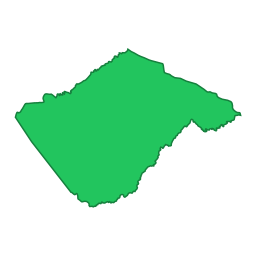 Ngauma, Niassa, Mozambique (Robinson projection)
{"feature_id": "85939544B1529593178446", "entity_name": "Ngauma", "entity_type": "district", "adm_level": 2, "iso_a3": "MOZ", "parent_name": "Mozambique", "parent_adm1": "Niassa", "projection": "robinson", "projection_center": [35.668, -13.833], "detail": "fine", "context": "isolated", "style": "filled", "palette": "green", "viewbox_px": 256, "rotation_deg": 0, "n_neighbors": 0, "source": "geoboundaries", "source_scale": "gbopen_adm2", "svg_char_len": 5778}
<svg xmlns="http://www.w3.org/2000/svg" viewBox="0 0 256 256"><path d="M15.4,117.2L31.7,141.8L71.0,192.3L71.9,192.5L73.6,194.0L74.5,194.6L75.5,194.4L76.0,193.8L76.6,193.5L77.1,193.8L77.8,195.9L77.9,198.2L78.2,199.1L79.5,199.9L81.5,201.7L82.3,201.8L84.4,201.3L86.3,201.4L87.6,202.1L88.8,203.2L89.1,204.0L89.1,205.6L89.8,206.5L92.1,206.3L92.8,206.5L93.0,206.8L93.5,206.8L94.5,206.2L95.4,206.3L95.7,206.1L95.9,205.7L96.4,205.6L96.4,205.0L96.6,204.9L97.8,204.6L98.1,203.8L98.6,203.4L99.2,203.2L99.4,203.4L100.5,203.6L101.0,203.5L101.3,202.7L101.7,202.6L101.9,202.1L102.4,202.3L102.6,202.8L103.5,202.8L104.0,203.1L105.3,202.8L105.9,202.4L107.3,201.7L107.7,201.8L108.4,202.4L108.7,202.3L109.0,201.7L109.3,201.6L109.7,202.1L110.4,202.1L110.6,202.3L110.9,202.9L111.1,202.9L111.3,202.5L111.5,202.3L113.6,202.6L113.9,202.5L114.7,201.6L116.4,201.0L116.7,200.0L117.2,199.3L117.5,199.2L118.0,198.2L119.1,198.0L119.4,197.9L119.9,197.0L120.1,195.5L120.6,195.0L121.8,194.5L122.3,194.5L123.5,195.0L123.7,196.1L123.9,196.6L124.6,197.1L125.0,197.1L127.4,195.3L128.2,193.8L129.1,193.0L130.1,192.7L131.1,193.0L132.1,193.1L133.3,191.5L133.7,191.3L135.0,191.5L135.5,190.4L136.8,189.1L137.4,187.7L136.9,186.4L137.0,185.3L137.4,184.5L138.2,184.2L138.5,183.5L138.3,182.7L137.8,182.2L137.8,181.5L139.0,180.2L139.9,179.9L140.5,179.1L140.5,178.7L140.1,178.3L140.1,178.1L140.9,176.7L141.0,175.5L141.5,174.9L142.0,173.3L142.7,172.7L143.3,172.5L143.7,172.0L145.0,171.3L145.3,170.1L145.7,169.5L147.8,167.0L148.8,166.5L149.7,166.3L150.4,165.8L151.7,166.1L152.8,165.7L153.3,166.0L153.9,165.8L153.9,165.5L153.5,165.3L153.5,164.7L155.2,163.9L155.7,163.4L155.9,162.3L155.6,161.8L155.2,161.6L155.1,161.1L156.9,159.3L158.0,157.7L158.1,157.4L157.8,156.5L158.2,155.8L158.9,155.2L159.1,154.6L158.7,153.7L158.8,151.8L159.1,151.1L160.5,150.1L160.7,149.7L160.5,149.2L160.2,149.2L160.2,148.3L160.6,147.4L160.9,147.1L161.4,147.6L162.4,147.6L162.7,148.2L163.0,148.2L163.6,147.4L164.4,145.9L165.1,145.4L165.6,144.5L165.8,144.5L167.4,145.3L167.8,145.1L168.6,146.1L169.0,145.9L170.2,145.9L171.2,145.5L171.4,143.5L172.7,140.5L173.4,139.6L173.7,138.6L174.3,138.2L174.9,138.2L175.3,138.0L175.6,137.3L175.6,136.5L175.8,136.2L176.6,135.6L177.3,135.4L177.6,134.3L177.9,133.9L179.0,132.9L180.1,132.7L180.8,132.0L181.0,131.7L180.8,130.9L180.9,130.4L181.8,129.6L184.5,126.2L185.3,126.5L186.0,126.2L186.6,126.7L186.9,126.5L188.1,124.7L189.9,123.0L190.8,120.0L191.4,119.4L191.8,119.3L192.7,119.8L193.1,120.4L193.1,121.1L193.3,121.8L193.8,122.1L194.3,121.8L194.7,122.0L196.3,124.0L197.4,124.7L197.9,125.7L198.3,126.1L201.0,127.6L201.4,129.1L201.9,129.5L202.3,129.2L202.4,129.3L202.6,130.1L203.3,130.4L203.6,131.2L204.2,131.0L204.5,131.2L204.8,131.7L205.0,131.8L205.3,131.4L206.3,131.5L206.7,131.1L206.7,130.3L205.6,129.7L205.5,129.3L205.8,128.9L206.3,129.0L207.5,129.8L209.2,130.0L209.6,129.1L209.9,129.0L211.1,128.6L211.7,129.3L212.1,129.3L212.3,128.5L212.6,128.5L213.6,128.9L214.0,129.8L214.4,130.2L216.0,130.8L216.2,130.3L216.7,130.0L216.7,129.7L216.4,128.5L216.5,128.1L217.1,128.0L217.9,128.3L218.8,128.0L219.5,128.0L219.9,127.8L219.8,127.3L219.5,126.9L219.5,126.4L220.5,126.2L221.0,125.6L221.0,124.9L221.3,124.6L222.0,124.6L222.8,126.2L223.0,126.5L223.4,126.6L223.6,126.4L223.2,126.0L223.1,125.7L223.4,125.3L225.1,124.3L226.1,124.0L227.2,123.1L227.2,122.6L226.6,122.1L226.6,121.8L226.8,121.6L229.5,121.5L230.6,122.2L230.8,122.2L231.1,121.8L231.1,120.8L231.3,120.7L233.8,120.0L234.2,119.4L234.8,116.4L235.0,115.8L235.2,115.6L237.4,115.3L238.7,114.9L240.6,115.3L240.1,113.4L239.7,112.7L237.4,112.5L236.2,112.0L234.8,111.0L233.3,109.6L232.5,107.9L232.5,105.6L232.0,103.2L231.6,102.5L230.8,101.6L227.7,100.3L222.2,99.2L218.9,97.8L217.9,97.1L217.4,96.5L217.1,96.1L216.6,94.2L215.6,93.5L212.2,92.9L210.2,91.9L209.1,91.9L208.3,92.1L207.6,92.0L206.9,91.7L204.1,89.4L196.1,84.0L186.2,81.1L180.5,78.4L174.8,77.7L171.3,75.8L170.2,74.8L169.1,74.2L167.1,73.7L165.0,72.9L164.3,72.3L163.9,70.2L163.3,65.6L163.0,64.4L162.6,63.7L151.3,60.7L148.9,59.9L144.5,57.9L140.6,56.4L138.2,55.3L134.4,53.1L131.1,51.5L127.9,49.2L127.6,50.3L126.9,51.3L124.9,52.8L122.3,52.7L121.9,53.5L121.6,53.7L121.2,53.6L120.4,53.1L119.3,52.9L119.2,54.4L118.6,54.6L118.3,54.9L118.3,55.7L118.0,56.2L117.9,56.9L117.6,57.2L117.1,57.1L116.4,56.4L115.7,56.1L114.7,56.2L114.3,56.8L114.2,57.1L114.6,57.9L114.4,58.1L113.4,58.5L113.0,59.3L112.3,59.7L112.2,61.0L111.9,61.2L111.4,61.9L110.9,62.0L109.3,61.5L108.8,61.6L108.6,61.7L108.4,62.9L107.2,63.4L105.8,63.7L105.0,64.3L104.9,65.3L103.7,65.4L103.0,65.8L102.4,65.8L101.8,66.3L101.4,66.2L101.0,66.7L100.9,67.3L99.7,68.1L98.6,69.7L98.4,69.9L97.6,69.4L97.3,69.5L96.6,70.9L96.3,71.0L95.9,71.0L95.5,70.2L95.5,69.8L95.4,69.6L95.0,69.6L94.2,70.6L93.7,71.0L93.9,71.7L93.7,72.0L93.0,72.3L91.2,72.2L91.0,72.5L90.8,74.1L90.5,74.7L87.6,78.1L85.4,80.3L84.2,80.6L83.4,81.0L81.6,82.4L80.8,82.8L80.6,83.0L80.2,83.2L79.3,83.5L79.1,83.8L77.6,84.1L77.0,83.8L76.2,84.4L75.9,85.2L75.4,85.8L75.4,86.6L74.9,87.5L73.8,88.2L72.9,89.3L72.0,89.7L71.6,90.4L71.1,90.5L70.9,90.7L71.0,91.2L70.7,91.3L70.6,91.6L71.1,92.3L70.8,92.7L70.7,93.4L70.4,93.6L69.7,93.5L68.7,92.7L66.4,92.2L65.5,91.7L64.4,91.5L64.2,91.7L64.5,92.4L64.6,93.8L64.4,94.1L63.4,93.4L63.0,92.8L62.7,92.7L62.5,92.9L62.5,93.6L62.4,93.9L62.6,94.9L62.3,95.0L61.6,94.9L60.2,93.7L60.0,93.8L60.0,95.2L59.7,95.5L59.4,95.5L59.0,95.1L59.0,94.8L58.6,94.2L58.1,94.0L57.6,94.0L57.3,94.3L57.1,94.8L57.1,95.7L55.9,97.7L52.1,94.7L51.4,94.2L49.3,94.3L46.8,93.9L45.5,94.0L44.7,94.5L44.3,95.1L43.5,96.5L43.2,97.6L43.1,98.5L43.4,99.7L44.0,101.2L43.9,101.9L43.6,102.3L41.3,102.6L39.7,102.5L37.9,102.8L34.2,102.9L28.2,103.5L26.3,103.5L25.6,103.7L24.9,104.4L22.4,108.8L21.7,109.7L20.5,111.8L19.8,112.4L18.7,112.8L17.7,112.3L17.0,112.5L16.2,114.3L15.6,116.7L15.4,117.2Z" fill="#22c55e" stroke="#15803d" stroke-width="1.5"/></svg>